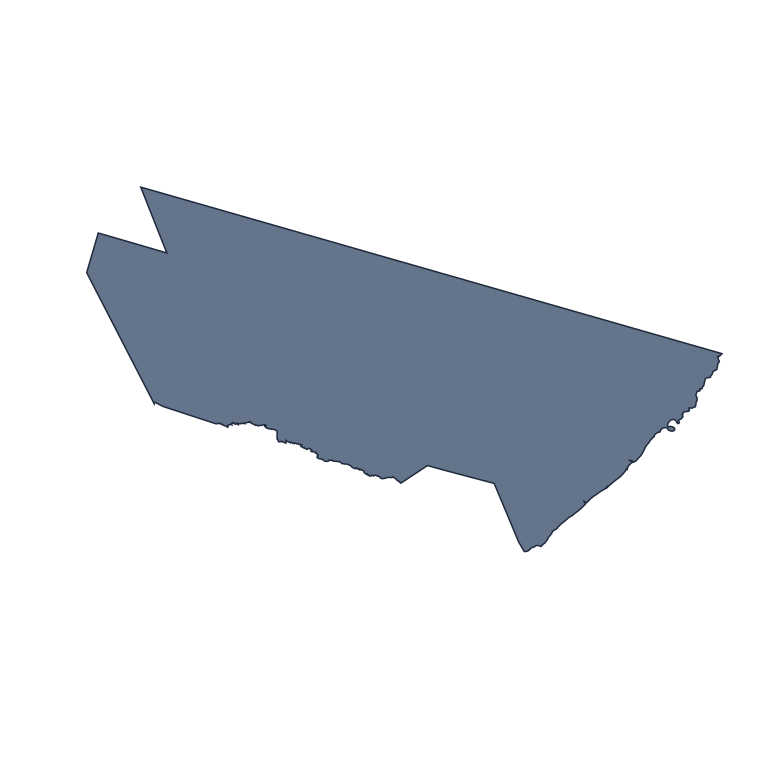 the district of Vanimo/Green River District, Sandaun, Papua New Guinea, rotated 106°
{"feature_id": "67681753B35177268475700", "entity_name": "Vanimo/Green River District", "entity_type": "district", "adm_level": 2, "iso_a3": "PNG", "parent_name": "Papua New Guinea", "parent_adm1": "Sandaun", "projection": "equal_earth", "projection_center": [141.584, -3.431], "detail": "fine", "context": "isolated", "style": "filled", "palette": "slate", "viewbox_px": 768, "rotation_deg": 106, "n_neighbors": 0, "source": "geoboundaries", "source_scale": "gbopen_adm2", "svg_char_len": 6049}
<svg xmlns="http://www.w3.org/2000/svg" viewBox="0 0 768 768"><g transform="rotate(106 384 384)"><path d="M506.3,203.1L505.9,201.3L505.3,200.3L504.1,199.0L503.1,198.5L502.6,198.1L501.8,197.9L501.3,197.5L500.0,196.2L499.7,195.7L499.4,194.7L497.6,193.6L497.1,192.9L496.7,189.6L497.0,188.9L496.9,188.4L496.4,187.9L495.8,187.6L495.0,187.4L493.4,186.3L492.7,185.6L491.4,185.3L489.3,184.2L486.4,183.7L485.5,183.4L483.5,182.4L481.7,181.7L480.0,181.4L479.6,181.5L478.3,180.7L476.3,178.7L474.5,177.5L473.7,177.4L469.4,175.0L465.9,172.4L465.4,172.1L463.6,170.9L462.2,170.1L460.5,168.7L458.6,166.8L457.0,165.6L455.8,165.0L454.9,164.2L453.1,162.9L452.2,162.1L450.7,161.4L449.5,160.3L448.3,159.9L447.0,158.9L443.6,157.2L443.2,157.3L441.3,160.3L442.0,158.2L442.7,157.0L441.9,156.3L437.8,154.1L433.6,151.1L430.6,148.5L428.8,147.3L427.7,146.3L422.6,141.6L422.0,141.6L421.6,141.8L421.0,141.2L422.2,141.1L419.4,139.4L413.5,135.5L411.4,133.9L410.3,133.0L407.3,130.9L403.9,129.2L401.3,128.1L398.8,127.4L399.5,127.2L399.4,126.7L397.0,126.7L395.3,126.4L391.4,124.3L390.9,123.8L390.9,123.2L390.7,123.0L390.4,123.0L390.3,124.4L389.8,125.5L389.7,126.5L389.3,125.8L389.4,125.1L390.0,123.3L390.0,122.3L389.2,121.3L387.8,120.2L384.5,118.7L382.4,117.5L381.4,117.1L377.5,116.1L372.8,115.3L369.8,114.4L367.9,113.4L364.3,112.3L363.4,111.7L361.9,111.2L360.9,110.2L360.0,109.8L358.6,109.9L357.6,109.5L355.8,108.2L354.7,107.0L354.5,105.9L354.3,105.7L353.5,105.4L351.8,105.4L350.6,104.5L349.9,104.2L349.1,103.3L348.9,102.4L348.4,101.6L348.2,99.8L349.5,98.5L350.0,97.5L350.1,96.8L350.1,94.9L349.9,93.9L349.3,92.9L348.9,92.4L347.8,92.0L347.1,92.1L346.3,92.9L345.9,93.6L345.7,94.7L345.7,95.7L345.8,97.1L346.6,98.5L346.6,99.0L345.6,100.0L345.0,100.1L343.7,100.2L341.1,99.3L339.4,98.1L339.0,97.4L338.3,96.0L338.2,95.3L338.3,94.6L338.5,94.1L339.5,92.5L340.4,91.8L341.0,90.9L340.9,90.1L340.4,89.6L339.3,89.7L339.0,89.8L338.1,90.9L337.6,90.9L337.1,90.5L335.6,88.7L333.9,87.9L332.9,87.7L332.5,87.7L331.3,89.0L330.6,88.5L328.6,88.3L327.8,87.3L326.8,85.0L326.8,84.5L325.8,83.3L325.0,83.1L324.0,84.1L323.0,84.3L322.3,81.3L320.0,78.4L319.1,78.4L315.4,78.9L314.1,78.5L313.5,78.5L311.0,79.3L310.5,79.6L309.4,80.7L308.6,81.1L307.8,81.3L306.8,81.0L304.9,81.1L303.6,78.6L303.0,78.7L302.5,78.3L302.1,78.3L301.5,79.0L301.2,78.4L300.9,77.1L300.6,76.9L299.7,77.0L298.8,76.9L297.7,76.2L293.2,76.5L292.4,76.4L290.8,76.6L289.6,75.9L288.8,75.0L288.2,73.1L287.2,72.0L286.2,72.1L284.6,71.4L283.4,71.2L281.4,71.1L280.9,70.8L278.9,68.6L278.0,68.0L272.9,68.6L272.0,68.5L270.7,68.0L269.7,67.9L268.2,69.4L267.2,69.7L265.7,71.0L265.4,69.9L265.0,69.3L264.4,69.1L262.9,67.9L261.7,67.5L261.8,672.1L317.9,628.9L317.6,700.3L358.9,700.5L466.3,599.5L465.1,599.7L464.8,598.9L466.5,590.2L468.6,534.7L468.5,534.0L468.1,533.6L467.7,532.9L467.7,532.2L467.3,531.6L467.4,530.9L466.8,530.2L467.4,529.8L467.7,529.0L467.4,528.3L467.9,527.6L467.6,526.9L468.0,526.2L468.2,523.7L468.7,522.6L468.1,522.0L467.2,522.7L466.0,522.2L465.8,521.2L465.2,520.4L465.3,518.9L464.9,519.2L464.3,519.9L462.8,518.9L462.6,518.2L463.4,518.0L463.3,516.8L463.7,515.9L463.0,515.5L462.5,514.7L462.0,514.2L462.6,514.0L463.1,514.0L463.3,512.8L462.9,512.8L462.5,513.2L461.8,511.0L461.5,510.4L461.0,510.2L460.9,509.6L461.0,509.0L460.7,508.3L460.3,508.1L460.5,507.0L460.4,506.5L459.9,506.8L459.2,505.9L458.5,504.2L458.0,503.7L457.7,503.6L457.8,503.2L458.0,502.8L457.9,502.5L457.5,502.1L457.3,501.8L458.2,500.9L458.4,500.5L458.5,500.0L458.4,498.9L458.7,498.3L458.8,497.9L458.8,497.5L459.1,496.3L459.1,495.9L459.0,495.5L458.6,495.2L458.6,494.6L458.9,494.1L458.7,493.7L458.7,493.2L458.8,493.0L457.9,491.6L457.4,489.8L457.2,489.6L456.9,489.5L456.2,488.1L456.1,487.4L456.1,486.6L456.3,486.1L456.6,485.9L456.8,486.9L457.0,487.2L457.4,487.2L457.7,486.9L457.8,485.9L457.9,485.6L458.4,485.4L458.7,484.7L458.7,483.5L458.9,482.5L458.6,481.5L458.3,481.1L458.2,480.7L458.3,480.3L458.6,479.7L458.5,479.0L458.2,478.4L457.9,478.0L457.9,477.4L458.6,473.8L466.2,471.7L466.2,471.3L467.5,470.1L468.1,469.9L468.5,469.6L468.6,468.9L467.9,467.8L467.9,466.9L467.4,466.8L467.3,466.1L467.5,465.6L467.5,464.4L467.9,463.4L467.8,461.9L466.7,462.3L465.8,462.3L465.3,462.6L466.1,460.0L466.0,459.4L466.2,458.8L466.1,458.1L466.3,457.6L465.6,457.5L465.7,456.2L466.2,455.5L465.9,454.7L466.2,453.9L465.3,453.5L465.4,451.8L465.7,451.3L465.4,450.9L465.1,450.4L465.0,449.6L465.3,449.3L465.6,449.0L465.2,447.8L465.1,446.6L465.7,447.1L466.5,447.0L467.0,446.5L467.1,445.4L467.5,444.2L467.1,443.3L467.7,443.0L467.6,442.5L467.8,440.8L468.2,440.1L467.8,439.7L466.9,439.2L466.6,438.0L467.1,435.5L467.9,435.0L468.5,435.8L468.8,435.7L469.0,434.2L468.2,432.0L468.4,430.9L469.3,430.8L469.2,430.0L469.7,429.2L470.1,428.3L471.3,427.7L471.8,428.4L473.1,428.0L473.7,426.4L473.7,425.4L473.4,424.5L473.5,423.7L473.7,422.9L473.4,422.2L473.5,421.6L474.3,420.6L474.5,419.1L473.8,416.5L473.0,416.0L472.3,416.1L472.3,414.2L471.4,413.0L472.2,411.8L471.8,410.8L471.9,410.3L471.4,407.9L471.4,407.1L471.0,406.3L471.2,405.2L471.2,404.5L472.2,402.0L471.8,401.5L471.7,400.4L471.8,399.4L471.4,398.5L471.2,397.6L471.3,396.7L471.4,395.8L471.7,393.3L472.5,392.4L472.8,391.6L472.9,391.0L473.3,389.6L473.4,388.2L472.8,387.4L472.3,387.5L472.2,387.3L472.8,386.3L472.6,385.6L472.8,385.4L472.8,384.7L473.2,384.4L473.3,384.1L472.6,383.8L472.9,383.3L472.9,382.9L472.5,382.6L473.0,381.8L473.0,379.7L473.3,379.2L474.8,378.6L475.1,377.7L475.4,376.8L475.1,376.2L474.9,375.2L475.4,375.0L475.6,374.6L475.9,374.8L475.9,374.2L476.1,373.8L475.9,373.2L476.3,372.9L476.1,372.4L476.2,372.2L476.0,371.8L476.2,371.3L476.1,370.9L474.9,370.1L474.8,369.6L475.3,368.5L474.5,368.0L473.8,366.8L474.4,364.9L474.4,364.5L474.1,364.3L474.3,363.8L474.2,363.0L474.2,362.8L474.6,362.4L474.8,361.9L475.4,361.5L475.5,360.0L475.4,359.0L474.9,358.4L474.4,357.0L473.3,355.5L472.5,354.0L472.0,351.4L471.6,350.5L470.9,350.3L471.6,347.2L472.1,346.2L472.5,345.9L472.8,345.2L472.8,344.6L473.3,344.1L473.5,343.2L473.4,342.5L473.6,342.2L474.1,341.9L474.7,340.5L450.4,319.7L450.3,303.2L449.2,250.7L499.0,210.8L506.3,203.1Z" fill="#64748b" stroke="#1e293b" stroke-width="1.5"/></g></svg>